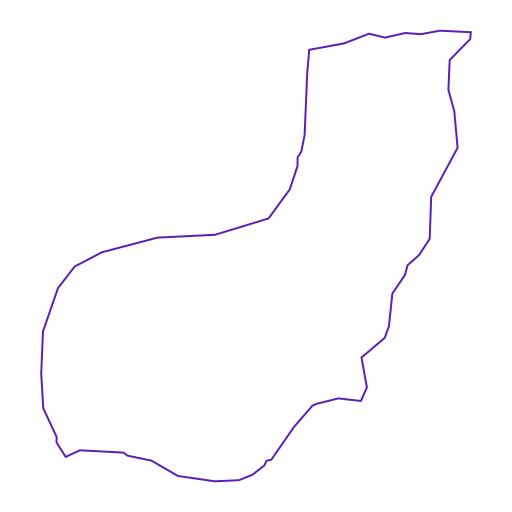 Parramos, Sacatepéquez, Guatemala (orthographic projection)
{"feature_id": "79465075B95275885163057", "entity_name": "Parramos", "entity_type": "district", "adm_level": 2, "iso_a3": "GTM", "parent_name": "Guatemala", "parent_adm1": "Sacatepéquez", "projection": "orthographic", "projection_center": [-90.819, 14.594], "detail": "fine", "context": "isolated", "style": "outline", "palette": "violet", "viewbox_px": 512, "rotation_deg": 0, "n_neighbors": 0, "source": "geoboundaries", "source_scale": "gbopen_adm2", "svg_char_len": 801}
<svg xmlns="http://www.w3.org/2000/svg" viewBox="0 0 512 512"><path d="M309.2,49.8L307.2,73.9L304.6,135.3L301.3,151.7L297.6,157.4L297.5,166.1L289.8,189.3L268.6,218.4L215.0,234.8L157.5,237.6L102.1,252.2L74.7,266.5L58.0,288.1L43.0,331.4L41.2,373.4L43.3,408.4L56.7,437.1L56.5,442.4L65.7,456.9L79.8,450.3L123.4,452.6L127.6,455.7L151.4,460.6L178.0,476.0L214.8,481.3L238.9,480.2L252.3,474.8L264.3,465.5L266.6,460.7L271.3,459.7L294.1,426.8L312.6,405.5L316.9,403.7L338.4,398.4L360.9,401.0L366.9,387.4L361.5,357.5L384.7,337.9L388.9,326.4L392.4,293.4L404.9,275.1L407.6,265.2L419.1,255.0L429.7,238.8L431.2,196.8L457.6,147.8L454.3,111.3L448.4,89.8L449.7,60.0L470.2,39.1L470.8,32.2L439.8,30.7L420.9,34.2L405.3,33.0L384.9,37.6L369.0,33.7L344.0,43.4L309.2,49.8Z" fill="none" stroke="#5b21b6" stroke-width="2"/></svg>